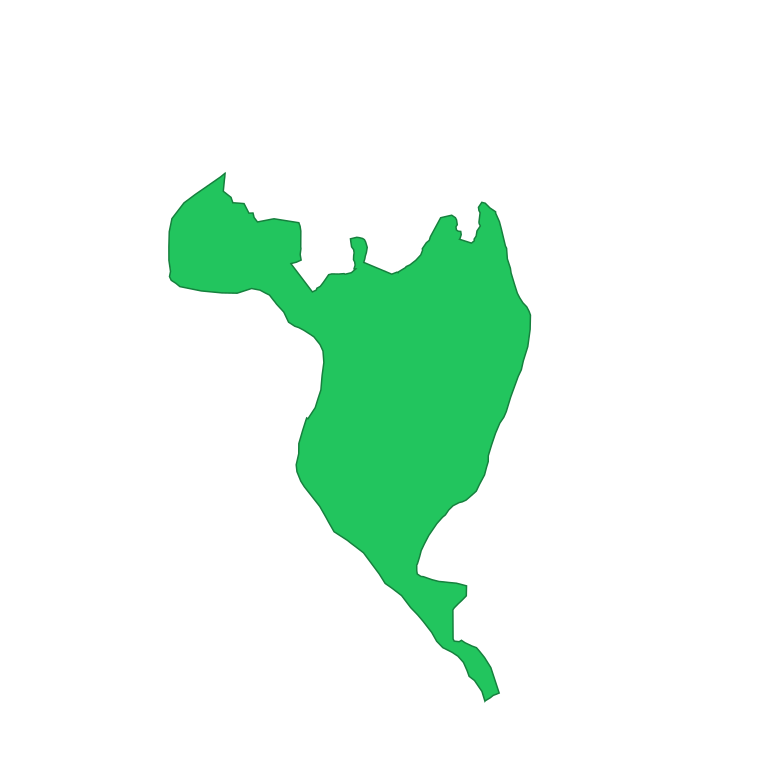 Alfath, Asyut, Egypt, rotated 34°
{"feature_id": "37247803B50219622339720", "entity_name": "Alfath", "entity_type": "district", "adm_level": 2, "iso_a3": "EGY", "parent_name": "Egypt", "parent_adm1": "Asyut", "projection": "natural_earth1", "projection_center": [31.209, 27.218], "detail": "fine", "context": "isolated", "style": "filled", "palette": "green", "viewbox_px": 768, "rotation_deg": 34, "n_neighbors": 0, "source": "geoboundaries", "source_scale": "gbopen_adm2", "svg_char_len": 3626}
<svg xmlns="http://www.w3.org/2000/svg" viewBox="0 0 768 768"><g transform="rotate(34 384 384)"><path d="M134.4,298.1L132.7,303.7L121.6,332.2L116.9,345.7L115.7,365.5L120.8,377.8L128.9,390.5L136.5,401.7L140.3,405.9L140.4,406.1L140.6,406.2L144.1,410.1L146.1,414.9L149.6,417.0L155.1,416.9L160.3,417.4L180.5,409.0L198.7,399.1L211.5,390.8L220.8,378.9L228.7,375.5L234.9,374.9L239.3,374.3L246.3,376.6L246.6,376.6L250.3,377.9L260.7,380.4L270.3,386.1L277.7,386.0L281.7,384.9L287.1,384.3L294.6,384.1L299.5,384.1L309.0,387.1L315.0,390.8L322.1,399.8L327.9,411.5L330.9,416.9L335.0,424.2L337.6,433.4L340.2,442.0L340.4,455.4L338.9,455.4L339.6,458.0L342.6,468.2L346.7,481.0L352.3,489.5L356.4,500.1L360.9,505.4L369.4,511.1L375.3,513.7L399.2,521.4L402.8,523.2L407.3,525.4L410.7,527.1L414.7,529.2L425.2,534.4L425.3,534.4L430.8,534.3L441.1,534.1L444.7,534.4L446.1,534.5L450.1,534.7L461.4,535.4L486.4,544.2L491.8,546.6L495.8,548.4L496.5,548.7L504.2,548.8L516.9,549.6L531.3,554.5L541.1,556.6L548.9,558.8L562.5,563.3L571.5,567.8L580.2,569.7L590.0,568.4L597.5,568.3L605.6,570.4L613.2,575.2L618.1,578.8L624.8,579.2L637.1,584.1L645.0,590.5L645.0,590.4L645.4,589.3L647.6,584.6L648.7,581.0L650.5,578.5L652.3,575.8L631.2,559.4L620.2,554.5L612.5,552.1L608.1,550.9L604.8,551.7L603.7,552.0L595.9,553.2L594.9,553.2L591.5,553.2L591.4,553.5L590.4,555.6L586.0,557.9L583.8,556.7L581.2,552.9L567.4,532.7L567.4,530.3L568.5,524.4L569.6,519.6L570.7,513.6L565.3,505.2L561.2,506.6L558.6,507.5L555.3,508.7L548.7,512.3L544.3,514.6L539.9,517.0L533.2,519.4L524.4,521.7L522.2,522.9L517.8,522.9L515.6,520.5L512.3,515.7L512.3,514.5L510.8,509.5L510.1,507.3L508.0,501.3L506.9,494.1L505.8,484.5L505.9,470.2L507.0,461.8L508.1,458.2L508.1,452.2L509.3,446.3L512.6,440.3L514.8,437.9L517.0,434.3L519.2,426.0L519.6,424.6L520.4,421.2L519.3,414.0L518.2,403.2L515.6,395.8L513.8,390.0L510.6,385.2L507.3,374.5L504.0,362.5L501.9,351.7L501.9,344.5L500.8,338.5L496.4,324.2L494.8,317.9L494.3,315.8L491.0,302.6L489.9,295.4L486.6,287.0L482.3,272.6L474.6,257.0L466.9,245.0L463.6,242.6L459.2,240.2L453.7,239.0L448.2,236.6L443.8,234.2L436.1,228.1L427.3,220.9L424.0,217.3L416.3,211.3L409.7,202.9L407.5,201.7L394.3,189.6L388.8,184.8L381.1,180.0L380.2,178.8L373.4,178.8L366.8,177.5L363.5,178.7L363.5,184.7L365.7,187.1L367.9,188.3L372.2,196.7L373.3,197.9L375.5,199.1L375.5,205.1L377.7,209.9L377.7,213.5L378.8,214.7L377.7,218.3L373.5,219.5L365.6,221.8L365.6,220.6L364.5,217.0L363.4,215.8L362.3,214.6L360.1,215.8L357.9,215.8L355.7,213.4L355.7,211.0L352.4,207.4L350.2,206.2L345.8,206.2L344.6,207.4L340.2,212.1L338.0,214.5L340.1,236.0L341.2,239.6L340.1,243.2L340.1,250.4L341.2,251.6L342.3,256.4L341.2,263.6L338.9,270.7L336.7,274.3L336.7,275.5L333.4,282.7L333.4,283.9L332.3,283.9L329.0,288.6L310.4,292.3L299.2,294.5L298.1,290.9L297.0,288.5L295.9,284.9L293.7,280.1L289.3,276.5L287.1,275.3L284.9,275.3L281.6,276.5L279.4,277.6L278.3,278.8L276.1,281.2L275.0,282.4L277.1,284.8L280.4,288.4L283.7,289.6L285.9,292.0L287.0,294.4L289.2,298.0L291.4,299.2L293.6,301.6L294.7,305.2L296.2,304.4L294.7,310.0L290.3,314.8L289.2,314.8L284.8,318.3L279.2,321.9L277.0,324.3L276.9,333.6L276.6,338.7L274.8,342.2L275.3,343.7L275.0,344.6L274.4,345.6L273.1,347.7L240.4,336.6L239.5,336.2L243.2,332.1L246.0,327.6L243.8,325.3L242.1,323.5L239.4,318.2L238.3,316.9L229.5,303.7L226.2,300.1L223.2,297.9L200.5,308.5L198.9,310.0L188.5,320.4L187.0,319.9L183.2,318.6L179.8,315.5L176.5,317.9L167.1,312.7L163.5,314.7L159.5,317.0L157.3,318.3L156.4,317.5L155.4,316.8L152.8,314.8L151.2,314.7L143.0,314.1L137.1,303.2L136.7,302.3L135.9,300.8L135.4,300.0L134.5,298.3L134.5,298.2L134.4,298.1Z" fill="#22c55e" stroke="#15803d" stroke-width="1.5"/></g></svg>